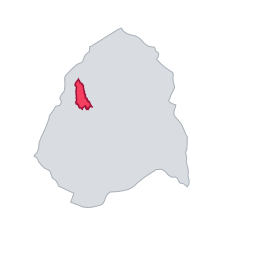 Buhera, Manicaland, Zimbabwe (highlighted), rotated 202°
{"feature_id": "62879985B49874859197959", "entity_name": "Buhera", "entity_type": "district", "adm_level": 2, "iso_a3": "ZWE", "parent_name": "Zimbabwe", "parent_adm1": "Manicaland", "projection": "equal_earth", "projection_center": [31.813, -19.506], "detail": "fine", "context": "in_parent", "style": "filled", "palette": "rose", "viewbox_px": 256, "rotation_deg": 202, "n_neighbors": 0, "source": "geoboundaries", "source_scale": "gbopen_adm2", "svg_char_len": 5967}
<svg xmlns="http://www.w3.org/2000/svg" viewBox="0 0 256 256"><g transform="rotate(202 128 128)"><path d="M171.5,218.2L169.7,216.7L167.3,215.7L164.2,215.2L160.2,215.4L155.2,216.2L149.9,215.2L144.2,212.4L139.5,211.4L133.9,212.7L133.7,212.7L132.7,211.7L131.1,209.7L128.6,209.3L127.9,208.8L127.3,208.0L126.9,207.1L126.7,206.0L127.1,202.6L126.9,202.2L126.2,201.8L124.8,201.4L121.4,199.8L117.1,198.3L110.2,196.7L107.5,196.3L106.9,195.8L106.1,194.5L104.8,190.6L103.5,188.0L100.5,184.0L100.0,182.8L100.1,179.6L100.3,177.1L100.6,174.9L100.4,172.9L100.4,170.3L100.5,168.6L100.0,167.9L99.0,167.4L95.9,167.2L92.2,167.3L92.0,164.7L91.6,160.7L90.9,158.4L90.0,157.2L88.3,156.0L84.8,154.3L80.0,151.7L76.0,147.8L71.3,143.1L69.8,142.2L68.1,137.8L65.4,130.1L65.5,127.5L65.1,126.2L62.5,122.5L61.9,120.5L61.4,118.5L57.3,113.0L55.9,110.6L54.8,107.4L53.8,105.0L52.9,103.9L51.7,102.3L50.9,100.3L50.5,98.9L50.8,96.9L51.1,95.6L55.0,97.0L57.1,97.1L58.8,96.4L60.8,97.4L63.3,99.9L65.9,100.3L68.7,98.8L72.6,99.3L77.5,101.8L81.5,102.3L86.3,100.0L90.6,93.9L94.5,88.1L98.4,81.4L100.8,76.0L104.3,71.5L108.9,68.1L113.6,65.3L120.8,61.8L122.2,58.9L122.7,55.7L122.6,51.3L123.0,48.4L123.8,47.1L124.9,46.1L126.5,44.8L131.2,41.4L135.2,39.3L140.1,37.9L145.4,37.9L150.5,37.8L153.4,37.8L153.5,42.1L153.7,46.9L154.3,47.3L158.1,47.4L164.3,47.8L170.3,48.1L174.1,51.5L175.4,52.3L179.3,53.2L184.4,59.0L190.4,59.5L194.6,61.3L198.3,63.3L200.4,65.7L201.8,66.2L203.6,66.4L204.5,66.6L204.3,68.3L203.1,71.2L203.2,75.3L204.9,81.1L205.1,86.1L204.6,94.9L204.6,103.4L204.8,106.4L205.0,108.4L205.4,109.5L205.3,110.8L204.3,114.3L203.5,118.1L203.5,119.6L203.2,120.6L202.5,121.6L199.9,123.3L199.5,124.4L199.5,126.3L199.8,127.9L200.8,128.5L202.0,129.5L202.4,130.7L202.4,132.0L202.1,134.3L201.0,138.3L202.0,142.8L203.2,145.7L204.8,149.1L205.5,151.2L205.5,152.7L205.2,154.1L202.8,160.3L201.0,164.1L198.8,168.3L196.0,170.8L195.3,172.1L195.0,173.5L195.1,176.6L194.9,179.8L192.5,184.7L194.0,189.0L193.7,189.4L192.9,190.0L189.4,194.7L185.8,199.6L183.3,203.1L180.4,207.1L177.1,211.6L174.3,215.5L171.5,218.2Z" fill="#d9dde1" stroke="#a8b0b8" stroke-width="1"/><path d="M192.3,154.5L192.4,154.1L192.4,153.7L192.3,153.4L192.3,153.2L192.6,152.8L192.7,152.7L192.8,152.6L192.8,152.4L192.9,152.0L193.0,151.7L193.2,151.2L193.3,150.6L193.3,150.4L193.3,150.0L193.4,149.7L193.4,149.4L193.4,149.2L193.4,148.9L193.3,148.6L193.2,148.3L193.2,148.0L193.2,147.9L192.8,147.7L192.5,147.6L192.0,147.5L192.0,147.4L191.9,147.4L191.5,147.1L191.4,147.0L191.2,146.7L191.0,146.2L190.9,146.1L190.8,145.8L190.8,145.7L190.7,145.3L190.6,145.0L190.6,144.8L190.5,144.7L190.4,144.4L190.3,144.2L190.2,144.1L190.2,143.7L190.1,143.4L190.1,143.2L190.0,142.6L190.0,142.3L189.6,142.0L189.5,141.9L189.5,141.7L189.4,141.5L189.3,141.3L189.2,141.0L189.0,140.7L188.9,140.3L188.8,140.1L188.8,139.9L188.7,139.8L188.7,139.7L188.4,139.4L188.3,139.1L188.1,139.0L188.0,138.8L187.8,138.6L187.7,138.5L187.7,138.3L187.6,138.2L187.6,137.8L187.4,137.4L187.4,137.1L187.3,136.9L187.3,136.7L187.2,136.7L187.1,136.2L186.8,136.0L186.7,135.9L186.5,135.7L186.5,135.3L186.3,135.1L186.2,134.9L186.1,134.7L186.1,134.3L186.0,134.2L185.9,133.8L185.9,133.7L185.9,133.3L185.9,133.2L186.0,133.1L186.1,132.9L186.2,132.7L186.1,132.3L185.8,132.2L185.7,132.0L185.5,131.6L185.3,131.4L185.2,131.0L184.9,131.0L184.7,131.0L184.4,131.0L184.1,131.1L183.8,131.1L183.5,130.9L183.4,131.0L183.3,130.9L183.2,130.9L183.2,131.0L183.1,130.9L182.8,130.6L182.7,130.7L182.4,130.6L182.3,130.4L182.3,130.2L182.2,130.2L181.9,130.1L181.8,129.8L181.7,129.7L181.5,129.4L181.4,129.2L181.1,128.8L180.7,128.7L180.4,128.6L180.2,128.5L179.9,128.7L179.8,128.8L179.7,128.9L179.4,129.0L179.2,129.0L178.9,129.0L178.7,129.0L178.6,128.9L178.4,129.0L178.3,128.9L178.2,128.9L178.1,128.7L177.9,128.4L177.7,128.4L177.5,128.2L177.4,128.2L177.6,129.2L177.4,129.9L177.2,130.3L177.0,130.6L176.2,132.3L175.9,132.4L175.9,132.2L175.7,132.1L175.7,131.9L175.4,131.8L175.3,132.0L175.2,132.1L175.1,131.8L175.0,131.7L174.9,131.6L175.0,131.4L174.9,131.3L174.8,131.2L174.7,130.9L174.5,130.6L174.5,130.4L174.4,130.4L174.3,130.5L174.2,130.7L174.1,130.8L173.9,131.0L173.7,130.9L173.5,130.7L173.5,130.8L173.4,130.7L173.2,130.5L173.1,130.4L173.1,130.2L173.0,130.3L172.9,130.3L172.8,130.2L172.6,130.1L172.4,130.2L172.2,130.2L171.9,130.3L172.0,131.3L172.2,131.9L171.6,132.1L171.7,133.1L171.7,133.4L171.7,133.8L169.4,134.1L169.5,134.2L169.5,134.3L169.8,134.4L170.0,134.4L170.1,134.5L170.3,134.7L170.5,134.8L170.7,135.0L170.8,135.2L171.0,135.2L171.2,135.3L171.3,135.4L171.5,135.6L171.9,135.9L172.0,136.1L172.3,136.3L172.5,136.5L172.8,136.8L173.2,137.2L173.3,137.3L173.5,137.6L173.6,137.8L173.8,137.9L174.1,137.8L174.3,137.9L174.3,138.0L174.3,137.9L174.4,137.6L174.5,137.5L174.9,138.1L175.2,137.8L175.3,137.8L175.4,138.0L175.5,138.2L175.8,138.2L175.9,138.3L176.1,138.3L176.1,138.7L176.2,138.9L176.3,138.9L176.4,139.0L176.6,139.0L176.7,139.3L176.8,139.5L176.9,139.8L177.0,139.8L177.0,140.0L177.3,140.0L177.5,139.9L177.8,139.8L177.9,140.1L178.0,140.2L178.3,140.2L178.5,140.3L179.0,140.2L179.1,140.3L179.1,140.5L179.1,140.9L179.2,141.0L179.2,141.4L179.2,141.7L179.3,141.8L179.7,141.9L179.8,142.0L179.9,142.3L180.1,142.3L180.3,142.8L180.3,143.1L180.3,143.3L180.4,143.5L180.7,143.5L180.8,143.5L180.8,143.4L181.0,143.5L181.3,143.7L181.4,143.9L181.5,144.0L181.9,144.4L182.0,144.4L182.1,144.7L182.0,145.2L182.0,145.4L182.3,145.5L182.4,145.9L182.4,146.0L182.5,146.1L183.1,146.6L183.3,146.7L183.5,146.8L183.6,147.0L183.9,148.0L184.1,148.4L184.7,149.0L184.8,149.1L184.9,149.3L185.0,149.8L185.0,150.0L185.1,150.3L185.2,150.5L185.5,150.8L185.9,150.9L186.1,151.0L186.3,150.9L186.6,150.9L186.8,150.9L186.9,151.0L187.0,151.0L187.2,151.5L187.3,151.7L187.4,151.8L187.4,152.0L187.7,152.0L188.4,151.9L188.8,152.0L189.3,151.9L189.4,152.0L189.5,152.0L189.7,152.6L190.0,152.9L190.2,153.0L190.3,153.1L190.6,153.4L190.8,153.5L191.0,153.8L191.2,154.0L191.4,154.0L191.6,154.0L191.9,154.0L192.1,154.1L192.2,154.3L192.3,154.5L192.3,154.5Z" fill="#f43f5e" stroke="#9f1239" stroke-width="1.5"/></g></svg>